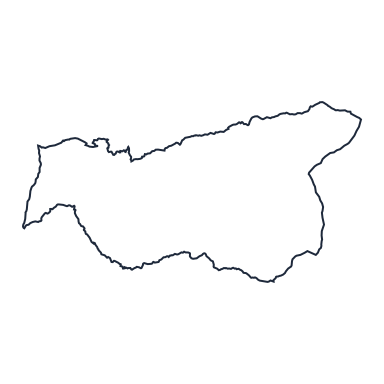 Portovelo, El Oro, Ecuador (Albers equal-area conic projection)
{"feature_id": "8360857B9604201024636", "entity_name": "Portovelo", "entity_type": "district", "adm_level": 2, "iso_a3": "ECU", "parent_name": "Ecuador", "parent_adm1": "El Oro", "projection": "albers", "projection_center": [-79.532, -3.74], "detail": "fine", "context": "isolated", "style": "outline", "palette": "slate", "viewbox_px": 384, "rotation_deg": 0, "n_neighbors": 0, "source": "geoboundaries", "source_scale": "gbopen_adm2", "svg_char_len": 5990}
<svg xmlns="http://www.w3.org/2000/svg" viewBox="0 0 384 384"><path d="M147.7,264.1L151.4,263.8L152.3,263.4L152.9,262.2L153.6,261.9L154.8,262.6L158.5,262.0L158.8,261.7L159.4,260.2L161.3,259.5L163.5,257.3L165.2,257.2L167.1,256.2L167.8,256.3L168.7,257.0L169.7,255.7L170.7,255.7L171.2,255.2L172.7,255.3L174.9,253.9L177.1,254.5L178.4,254.2L181.4,252.4L182.9,252.7L184.1,251.7L185.4,252.4L188.3,252.5L189.8,253.2L190.0,253.7L189.9,256.2L190.1,256.7L191.5,258.3L193.1,258.8L196.7,258.3L199.5,256.2L201.9,255.2L203.0,253.9L203.9,253.4L204.5,253.3L205.2,253.6L205.8,254.3L206.5,256.2L209.1,258.3L210.7,260.3L212.9,261.4L213.8,264.7L213.6,266.6L213.9,267.3L217.2,268.7L218.8,270.2L220.3,269.8L221.1,269.2L222.3,268.9L224.0,268.0L225.3,268.3L225.9,268.0L227.8,268.7L229.1,268.5L231.0,268.9L232.6,267.9L233.3,267.8L234.6,268.6L235.8,268.4L236.6,269.2L238.7,268.8L240.1,269.8L241.2,270.2L242.6,271.4L243.5,272.8L245.9,273.1L246.5,273.4L248.9,275.3L250.9,277.6L251.3,277.8L252.7,277.5L254.0,277.8L254.9,277.4L255.6,277.6L256.7,278.3L258.2,279.8L259.8,280.6L267.5,281.9L268.8,281.6L270.5,280.5L273.6,281.6L273.5,280.1L275.6,278.2L276.1,276.8L276.5,276.6L278.1,276.5L279.5,275.9L280.7,275.7L283.1,274.6L285.0,273.0L285.9,271.3L288.1,268.6L291.1,266.5L291.6,265.4L292.0,261.2L292.5,259.3L295.2,256.5L296.5,255.7L300.4,254.9L304.6,252.8L307.4,251.1L315.8,254.9L317.9,252.7L319.2,249.4L320.9,247.9L321.4,245.9L321.3,244.4L321.7,240.9L322.1,239.6L321.6,235.5L321.8,231.1L324.0,224.6L322.5,217.7L321.9,212.7L322.5,211.0L323.1,207.0L322.1,203.4L320.3,200.4L319.2,196.8L315.9,192.4L315.0,186.6L313.8,184.4L312.1,179.8L309.8,175.5L308.7,174.1L309.1,172.6L314.6,166.4L316.9,164.8L320.8,163.1L322.6,159.1L325.2,156.6L330.2,153.0L333.9,152.4L336.9,150.2L340.1,149.2L344.3,145.7L347.6,143.9L349.0,142.8L354.4,135.6L356.5,131.0L359.0,126.8L361.0,119.5L359.2,117.9L357.1,117.0L350.9,113.6L350.4,111.7L347.5,111.6L345.0,110.3L339.8,110.6L337.8,110.1L335.9,110.3L335.3,110.1L334.3,109.4L331.6,108.2L329.6,106.6L328.1,105.9L327.6,105.2L323.6,102.6L322.4,102.1L319.8,102.3L319.3,102.9L315.2,104.8L312.8,106.4L312.1,106.7L310.7,106.3L309.9,107.3L309.4,109.1L307.9,111.2L304.3,112.2L302.1,113.5L301.4,113.6L300.1,113.1L298.3,113.1L297.6,113.1L295.7,114.3L294.0,114.5L292.2,114.1L289.9,114.3L286.9,112.8L286.3,112.7L285.2,113.4L283.7,113.3L280.5,113.9L279.4,114.4L277.7,115.8L275.3,116.4L274.2,117.0L271.8,117.4L270.5,118.2L266.9,117.2L263.4,119.1L262.7,119.2L261.1,118.6L257.5,116.3L255.0,116.4L252.4,117.4L251.4,118.4L249.6,121.9L248.9,124.5L248.2,125.1L247.6,125.1L245.9,124.0L244.0,124.1L242.4,122.2L241.6,122.2L241.1,123.0L240.5,123.3L239.9,122.6L239.1,122.3L236.9,124.0L235.6,124.5L233.6,124.6L232.6,124.9L229.1,126.8L228.1,127.8L228.5,128.9L226.3,129.8L223.7,131.9L220.2,131.6L217.6,132.5L215.6,132.3L214.7,133.7L214.0,134.0L210.5,132.9L207.6,134.7L204.9,134.4L203.0,135.3L201.3,135.8L199.4,135.3L198.3,135.7L195.9,135.2L195.5,135.5L194.4,135.5L193.2,136.2L191.8,136.1L190.3,136.8L185.2,137.8L183.3,139.7L182.2,140.3L180.6,143.9L179.9,144.7L177.9,143.0L176.7,142.7L176.0,142.8L175.3,143.5L171.3,145.7L169.0,146.2L167.0,147.8L165.5,148.1L164.7,149.2L164.5,150.6L158.1,149.6L155.7,149.7L154.3,150.9L152.2,151.2L150.1,153.3L147.5,153.6L146.4,154.4L144.9,154.1L144.3,156.2L143.9,156.5L142.1,156.7L142.1,157.5L141.7,158.2L139.9,158.9L137.5,159.2L135.8,159.1L133.8,159.5L132.9,160.6L131.4,161.4L131.3,160.5L130.6,159.4L131.1,158.1L131.1,156.8L129.8,155.0L128.7,152.6L129.1,151.2L129.0,148.3L128.3,146.9L127.9,147.4L128.1,149.2L127.7,149.6L126.6,149.6L125.6,152.0L125.1,151.8L124.6,150.6L123.8,150.3L122.5,151.3L120.2,150.9L119.9,151.3L120.2,152.4L119.8,152.5L117.9,151.5L117.0,151.5L116.4,151.9L115.7,153.6L114.8,154.1L114.3,154.9L113.3,154.9L111.5,151.7L111.0,151.6L108.9,152.1L108.1,151.2L107.3,148.3L107.6,147.9L108.2,148.0L108.5,147.7L108.6,146.0L109.1,145.1L108.5,144.5L108.3,143.4L106.6,141.8L106.8,141.1L108.0,139.8L107.6,139.4L105.7,139.6L103.7,138.8L101.8,139.1L98.9,138.5L98.0,138.9L97.3,140.2L96.6,140.3L94.7,140.0L94.0,140.1L93.7,141.6L92.8,142.4L92.7,143.1L94.8,144.0L95.2,145.5L98.0,146.0L93.0,147.0L89.5,146.6L87.9,145.8L85.6,145.1L86.2,144.4L86.6,143.4L84.9,142.2L77.8,138.6L75.1,138.1L70.4,138.8L69.6,139.2L69.4,139.5L68.3,139.5L65.3,140.1L64.0,141.1L63.6,141.1L63.5,140.5L63.1,140.5L61.3,142.7L55.0,145.3L49.5,146.2L45.3,148.0L42.8,147.3L41.8,147.6L40.0,146.2L38.1,145.6L38.6,148.9L39.2,150.5L39.0,153.1L40.0,156.4L39.5,158.7L39.5,160.6L40.8,163.2L40.9,164.8L39.6,167.9L39.6,172.0L38.3,173.8L37.9,177.0L35.8,179.4L35.6,181.8L35.2,183.3L33.7,185.2L32.0,186.6L31.5,187.6L30.4,191.0L29.8,196.8L29.2,199.2L27.5,201.5L26.8,209.4L26.3,211.2L25.5,212.4L25.6,213.2L25.2,219.0L24.2,223.0L23.4,224.3L23.0,226.2L23.3,227.4L23.8,228.0L24.3,228.3L26.0,225.5L26.6,225.1L28.6,224.7L30.3,223.1L32.7,222.0L35.3,221.4L38.2,222.0L39.3,221.3L40.8,221.1L41.4,220.5L41.3,218.4L41.7,217.3L44.8,213.4L45.8,212.9L47.4,213.6L48.4,213.2L50.0,211.7L50.3,210.8L50.2,209.0L51.0,208.9L52.5,209.2L53.9,207.8L55.8,206.6L57.0,204.9L57.6,204.5L58.8,204.4L63.2,204.9L66.6,206.1L67.3,206.1L68.8,205.3L69.7,205.3L72.1,206.8L74.1,205.8L74.6,206.3L74.0,209.5L75.1,209.7L75.5,210.1L74.9,211.7L74.9,213.2L76.2,216.1L78.4,219.1L78.6,221.7L79.0,223.2L80.1,224.1L81.0,225.8L81.5,226.1L83.0,226.4L84.5,228.3L84.5,228.8L83.9,229.5L83.9,230.1L85.3,231.4L85.5,232.9L85.9,233.9L87.1,234.4L89.6,237.7L91.6,242.0L94.1,243.9L94.4,243.8L94.3,242.9L94.8,243.1L95.6,245.0L97.2,247.1L97.7,248.7L98.4,249.3L98.6,250.2L100.9,252.6L101.4,254.3L104.7,255.3L107.1,257.7L108.1,257.0L110.0,258.1L111.5,262.0L112.7,262.1L113.8,260.9L114.6,260.9L118.3,262.8L119.8,264.1L120.6,264.1L120.8,264.7L120.5,266.1L122.5,266.6L123.0,268.5L123.6,268.5L124.0,267.5L124.6,267.1L125.1,267.4L125.3,268.1L126.3,267.7L127.5,268.4L128.0,268.1L130.3,268.0L131.4,269.5L132.0,269.7L134.6,268.0L135.7,267.7L136.6,266.9L137.1,266.9L139.1,267.3L140.7,268.2L141.1,268.2L141.5,268.0L142.9,265.1L143.0,264.0L143.5,263.4L144.2,263.1L147.7,264.1Z" fill="none" stroke="#1e293b" stroke-width="2"/></svg>